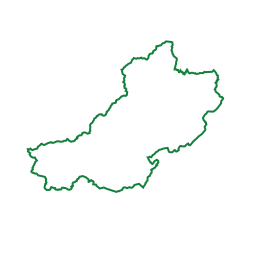 outline of Dak Ha, Kon Tum, Vietnam, rotated 224°
{"feature_id": "81297802B44208556699353", "entity_name": "Dak Ha", "entity_type": "district", "adm_level": 2, "iso_a3": "VNM", "parent_name": "Vietnam", "parent_adm1": "Kon Tum", "projection": "robinson", "projection_center": [108.001, 14.613], "detail": "fine", "context": "isolated", "style": "outline", "palette": "green", "viewbox_px": 256, "rotation_deg": 224, "n_neighbors": 0, "source": "geoboundaries", "source_scale": "gbopen_adm2", "svg_char_len": 5807}
<svg xmlns="http://www.w3.org/2000/svg" viewBox="0 0 256 256"><g transform="rotate(224 128 128)"><path d="M185.3,43.2L184.2,42.6L183.7,41.6L180.8,42.0L180.4,40.6L179.4,40.3L177.9,40.1L175.9,40.6L174.4,42.1L173.2,41.6L170.9,41.3L171.2,39.2L170.6,38.5L170.6,37.5L169.9,36.5L169.8,35.2L169.1,34.2L169.0,32.8L167.7,32.3L167.6,29.9L167.2,29.4L165.7,29.4L164.9,30.2L163.8,30.2L162.4,31.5L161.8,31.7L159.8,31.5L154.7,34.6L153.6,35.1L152.0,34.4L151.6,34.5L151.0,34.0L150.9,33.5L150.1,32.6L149.0,32.4L148.8,31.5L148.2,31.1L148.7,30.4L148.6,30.1L148.1,29.6L146.8,27.3L146.0,26.9L144.7,26.8L143.4,27.0L141.3,29.1L141.5,29.7L141.6,31.0L142.2,31.8L142.0,32.3L139.2,33.6L138.7,34.1L138.0,33.4L137.5,33.4L136.7,33.9L136.4,34.4L135.6,34.6L135.1,35.3L134.9,36.1L134.2,36.3L133.4,37.5L133.9,38.8L133.8,39.5L131.1,41.4L129.8,41.9L128.9,41.9L127.5,42.6L126.6,44.1L126.5,44.9L127.0,46.0L128.1,46.3L128.0,47.1L127.3,47.5L127.3,48.1L128.2,48.6L129.2,49.4L129.6,50.6L129.2,51.4L128.6,52.1L128.7,53.1L128.0,54.1L128.9,55.6L128.9,56.2L128.3,57.1L128.9,58.4L128.9,59.0L128.7,59.9L128.1,60.3L127.4,61.8L124.3,63.2L120.9,63.6L120.3,63.3L118.9,61.9L118.5,62.4L118.5,64.2L118.1,65.0L117.3,64.8L116.7,65.2L115.9,65.5L115.3,65.4L113.9,63.3L111.6,65.1L110.5,64.5L106.2,64.9L104.1,68.4L101.0,69.5L91.9,74.0L91.3,75.7L90.4,76.4L90.3,77.2L89.2,79.4L89.3,80.0L89.9,80.8L89.7,82.4L88.5,83.5L86.9,84.0L86.0,86.3L84.5,87.0L83.8,87.6L83.4,89.8L83.8,91.1L83.7,91.6L81.3,95.5L75.8,95.7L76.2,96.8L76.2,98.0L76.4,99.3L77.1,100.3L77.0,101.4L77.5,102.5L77.4,103.7L79.2,105.6L79.7,106.5L79.4,107.9L79.0,108.6L80.0,111.0L79.9,112.1L81.4,114.0L82.2,113.9L82.3,114.1L81.9,115.7L81.3,116.6L81.4,117.4L81.0,118.4L81.5,119.9L81.2,121.1L81.9,121.1L82.2,121.6L81.9,123.0L82.3,123.8L82.3,124.3L83.5,125.4L85.2,125.1L85.9,122.4L85.3,119.7L85.5,119.1L86.0,118.9L86.7,118.9L87.4,119.2L87.9,118.8L90.8,119.6L93.2,120.5L92.8,120.8L92.4,122.5L91.0,123.1L91.4,125.8L90.9,127.5L90.9,128.7L91.2,129.8L90.6,131.2L90.4,133.9L89.3,135.5L88.3,137.7L85.7,141.2L82.1,139.4L81.3,139.5L79.6,140.9L79.2,141.9L79.2,144.4L78.5,144.8L77.2,144.5L76.8,144.7L76.4,145.7L76.4,146.9L76.1,147.2L76.6,147.9L77.5,148.5L77.9,150.9L77.8,151.5L77.6,151.8L76.6,152.1L75.8,152.9L75.2,153.3L74.9,153.9L74.5,154.1L74.3,154.8L74.4,156.0L74.2,158.0L73.9,158.6L72.5,158.1L71.3,158.8L71.7,163.8L71.3,169.2L71.4,170.8L70.8,173.8L70.7,175.4L71.0,180.1L71.6,180.9L73.7,182.1L74.2,185.2L75.2,185.4L75.8,186.2L76.9,185.8L77.7,186.3L78.9,186.2L81.1,187.3L81.9,190.8L81.6,192.8L82.1,194.4L82.0,195.3L81.1,196.3L78.2,198.8L77.7,200.1L77.4,202.8L77.5,205.2L78.2,210.6L78.9,211.1L79.6,212.0L79.9,215.1L80.1,215.4L80.5,215.6L81.8,215.2L82.1,215.5L82.4,215.1L84.0,214.4L85.7,215.5L86.1,215.3L87.9,215.4L89.0,215.0L90.7,215.3L91.7,216.1L92.5,216.1L92.5,216.9L92.9,217.4L93.0,219.3L93.5,219.6L93.8,220.2L94.8,221.1L96.4,221.3L96.3,222.1L96.8,223.1L96.3,223.0L96.2,223.1L96.9,224.6L96.6,225.6L97.3,225.8L97.9,226.3L98.2,226.2L98.7,226.6L99.3,227.8L100.0,228.2L100.9,227.8L102.9,228.8L106.3,229.2L106.5,229.2L106.5,226.9L111.4,221.7L112.1,221.4L112.0,219.8L114.6,217.3L114.8,216.5L116.0,214.7L116.8,214.2L117.6,214.2L117.8,213.6L119.9,212.6L120.9,211.6L121.2,210.7L121.7,210.1L122.3,210.1L122.7,209.8L123.7,210.3L125.0,210.3L125.5,211.0L126.1,211.1L125.9,210.2L125.2,209.5L125.7,208.9L124.9,208.1L125.4,207.2L125.4,206.8L124.6,206.1L124.6,205.7L125.0,205.6L125.7,206.1L126.0,205.5L126.8,206.1L127.4,205.7L127.7,206.0L128.2,206.0L128.5,205.4L129.2,205.3L130.1,205.8L129.9,204.7L130.1,204.2L129.6,202.9L130.6,204.3L131.5,204.0L132.2,204.7L132.6,204.5L132.9,203.8L133.3,203.5L134.8,203.6L135.2,202.6L135.6,203.1L135.9,203.9L136.3,204.3L137.9,207.3L139.3,209.1L140.5,211.4L141.4,211.9L143.7,211.6L145.6,211.6L146.5,212.3L147.6,212.3L149.6,213.9L150.6,213.9L152.1,216.8L153.1,216.8L153.5,218.7L154.1,219.3L155.4,220.0L155.7,220.4L156.3,220.2L160.8,216.7L161.0,215.9L160.8,215.0L161.8,213.1L161.9,211.9L161.7,211.0L162.0,209.8L162.6,209.3L163.3,207.5L164.0,207.3L164.3,206.9L164.3,206.4L163.7,205.6L162.8,204.7L162.5,203.8L162.5,203.4L163.0,202.4L163.0,201.5L163.2,200.7L162.5,199.8L162.2,198.6L163.3,197.4L163.7,196.2L163.4,194.4L162.0,192.6L161.9,190.4L162.5,190.0L164.6,189.6L166.1,187.9L167.3,187.9L168.4,185.6L169.6,185.0L170.2,183.5L172.5,182.3L172.2,181.2L172.4,180.2L171.2,176.9L172.3,174.4L172.3,172.9L172.8,171.5L172.6,169.9L173.1,168.5L172.6,167.8L172.4,166.6L173.1,165.5L172.3,165.2L169.6,163.2L166.5,163.6L166.4,162.9L165.7,162.6L165.4,160.9L163.7,159.7L163.4,157.8L162.2,158.2L161.4,157.5L160.4,157.2L159.8,156.2L159.9,155.6L159.1,155.2L158.4,154.4L156.7,155.0L155.8,154.4L155.5,153.1L153.6,153.4L151.8,151.0L152.0,150.6L151.9,149.5L152.8,149.0L153.6,148.3L154.7,145.8L154.5,144.9L154.7,144.0L154.5,143.1L155.0,141.4L155.6,140.2L155.6,139.2L154.7,138.5L154.4,137.5L154.8,137.1L156.3,134.6L155.8,133.9L155.8,132.0L154.9,130.5L155.2,129.6L154.5,128.2L154.4,126.8L154.6,124.9L154.0,124.5L153.8,123.1L153.3,122.4L153.4,120.9L153.9,120.1L155.1,119.4L155.8,119.3L156.4,119.6L156.9,119.3L158.3,117.3L158.4,116.2L158.2,115.6L158.8,114.8L158.4,114.2L158.3,112.8L158.8,111.6L157.9,109.6L157.9,108.7L157.3,107.1L157.7,105.2L157.2,103.5L155.8,102.6L154.1,100.4L153.1,99.8L153.1,98.8L152.7,97.9L152.1,97.7L153.0,95.9L155.3,95.2L156.4,94.5L157.2,92.9L157.3,92.5L156.8,91.9L156.6,90.4L156.8,89.9L157.8,89.1L158.4,86.5L158.2,85.7L157.4,85.7L157.2,85.4L157.9,83.2L157.5,81.7L158.1,80.4L159.0,79.5L159.4,78.6L160.0,78.3L161.5,78.0L163.4,78.2L164.0,78.0L164.1,77.3L163.8,76.6L163.8,75.6L165.2,74.3L165.4,73.1L166.3,72.0L167.5,70.8L168.7,70.3L170.0,68.8L171.0,66.2L172.2,64.6L173.3,64.5L173.7,64.1L174.2,62.9L174.9,62.0L176.4,57.7L178.0,56.8L178.8,56.8L179.3,56.6L179.5,55.8L179.3,54.7L179.8,52.1L179.0,50.2L180.7,47.3L181.4,45.7L182.2,45.4L183.9,45.4L183.9,44.3L185.3,43.2Z" fill="none" stroke="#15803d" stroke-width="2"/></g></svg>